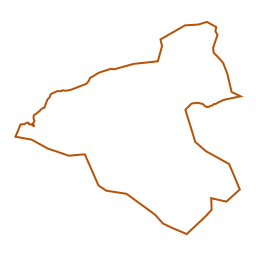 Buyant, Bayan-Ölgiy, Mongolia
{"feature_id": "93677404B33301384060955", "entity_name": "Buyant", "entity_type": "district", "adm_level": 2, "iso_a3": "MNG", "parent_name": "Mongolia", "parent_adm1": "Bayan-Ölgiy", "projection": "natural_earth1", "projection_center": [89.723, 48.59], "detail": "fine", "context": "isolated", "style": "outline", "palette": "amber", "viewbox_px": 256, "rotation_deg": 0, "n_neighbors": 0, "source": "geoboundaries", "source_scale": "gbopen_adm2", "svg_char_len": 1792}
<svg xmlns="http://www.w3.org/2000/svg" viewBox="0 0 256 256"><path d="M186.8,234.1L186.9,233.9L187.6,233.3L187.9,232.9L194.4,226.9L205.6,216.3L211.6,209.8L211.2,198.2L226.4,201.6L239.8,189.5L229.2,164.1L205.8,151.1L195.3,142.0L185.4,109.8L191.4,103.7L192.0,103.5L196.2,102.9L197.3,102.9L198.2,102.9L199.2,103.1L200.5,103.4L201.8,103.8L202.7,104.0L203.2,104.4L203.5,104.7L203.7,104.9L204.3,105.5L205.0,106.1L206.2,106.7L206.7,106.9L207.6,107.1L208.0,107.0L208.8,106.8L209.5,106.5L209.9,106.1L210.5,105.8L211.2,105.7L211.8,105.7L212.1,105.6L213.1,104.9L213.8,104.1L214.0,104.0L214.3,104.0L214.5,104.1L214.8,104.1L215.6,103.9L216.7,103.4L217.4,103.0L218.2,102.4L218.8,102.1L219.5,101.9L220.6,101.4L221.5,100.9L222.4,100.4L223.1,100.1L223.7,100.0L224.2,99.9L224.7,99.8L224.9,99.6L240.6,96.3L231.6,92.0L227.3,73.7L223.1,62.9L219.2,58.4L213.7,52.7L213.1,47.8L217.5,35.0L215.4,31.2L216.3,27.1L206.9,21.9L198.5,24.5L184.9,25.4L160.5,39.4L162.0,46.2L157.8,61.3L133.6,63.9L114.1,69.3L110.9,68.8L99.6,72.4L97.3,73.6L92.7,76.5L89.9,78.0L89.1,80.4L87.7,82.2L86.4,83.8L85.7,84.1L84.4,84.5L80.3,86.1L77.4,87.3L74.2,88.5L71.1,89.7L67.8,90.4L64.8,90.8L63.1,90.3L62.3,90.3L62.0,90.8L60.9,91.3L57.9,91.1L57.3,91.1L51.5,93.7L50.5,94.7L49.8,97.0L47.3,99.8L44.4,107.7L42.6,108.2L40.1,110.3L39.3,111.4L37.5,112.5L36.7,113.5L34.2,114.8L33.7,115.8L33.5,117.9L33.6,118.8L34.5,120.7L34.3,121.5L33.3,122.5L33.2,123.1L33.7,125.1L33.9,125.8L33.3,125.9L32.3,125.2L31.6,124.3L30.6,124.5L30.0,124.2L28.9,124.1L28.8,123.2L27.9,122.7L27.2,122.6L26.3,123.0L25.6,123.2L24.6,124.2L23.8,124.3L22.7,124.1L21.7,124.6L20.5,124.5L18.0,130.8L15.4,136.7L31.5,139.6L47.7,148.5L68.8,155.7L84.8,154.3L98.5,185.5L106.3,190.7L126.5,193.8L155.1,214.7L162.9,223.5L172.4,228.0L186.8,234.1Z" fill="none" stroke="#b45309" stroke-width="2"/></svg>